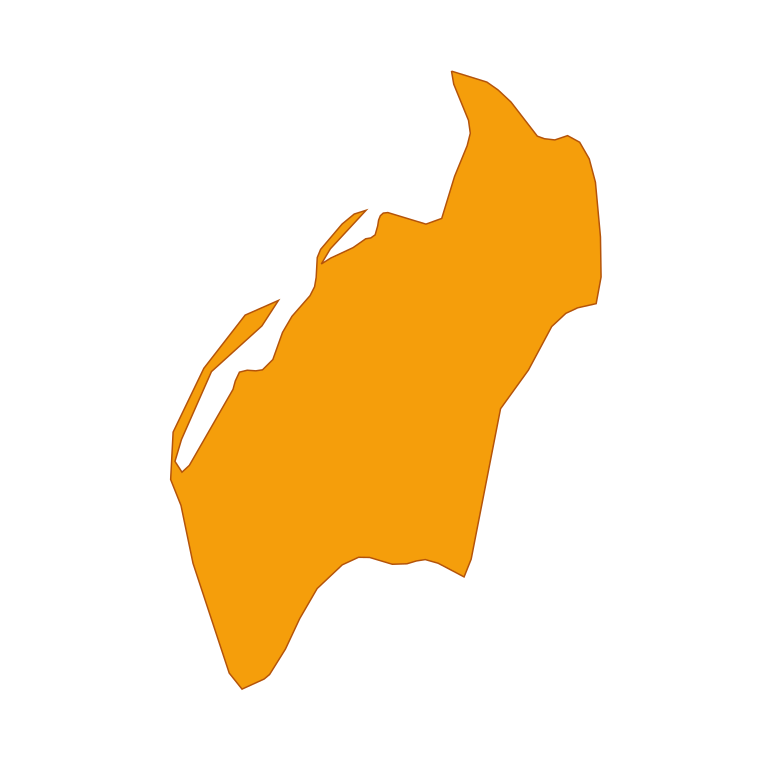 Luanda, Equal Earth projection, rotated 6°
{"feature_id": "AGO-1880", "entity_name": "Luanda", "entity_type": "Province", "adm_level": 1, "iso_a3": "AGO", "parent_name": "Angola", "parent_adm1": "", "projection": "equal_earth", "projection_center": [13.287, -8.956], "detail": "fine", "context": "isolated", "style": "filled", "palette": "amber", "viewbox_px": 768, "rotation_deg": 6, "n_neighbors": 0, "source": "natural_earth", "source_scale": "10m", "svg_char_len": 1219}
<svg xmlns="http://www.w3.org/2000/svg" viewBox="0 0 768 768"><g transform="rotate(6 384 384)"><path d="M274.7,702.3L260.3,687.7L212.8,582.3L194.8,526.0L181.8,501.3L179.3,453.9L203.2,387.2L238.7,330.0L270.3,311.9L256.5,339.0L211.1,389.7L188.4,460.3L184.2,482.8L192.3,492.8L198.9,485.3L234.4,405.1L235.8,396.5L239.0,387.3L246.5,384.6L255.1,384.3L261.7,382.6L270.9,371.3L277.7,343.3L285.4,326.3L301.2,303.9L304.8,294.5L305.4,285.1L304.4,265.2L306.9,256.7L325.6,229.3L336.6,218.1L348.0,213.1L316.5,255.2L309.1,271.2L318.0,264.2L339.0,251.6L350.6,241.5L355.6,240.1L359.6,236.6L361.2,227.4L361.5,221.5L362.8,217.0L365.4,214.1L369.9,213.1L409.0,220.6L424.1,213.3L432.5,170.1L441.8,138.3L443.6,125.6L440.5,113.0L422.0,78.5L418.4,65.7L418.5,65.8L454.8,73.0L466.8,79.7L480.8,90.3L510.6,121.5L517.9,123.3L528.4,123.4L540.6,117.8L553.3,123.1L564.6,138.7L573.2,161.3L583.9,215.1L588.7,254.9L586.6,281.9L568.6,288.0L557.5,294.7L544.8,309.3L526.2,355.0L502.5,396.4L489.0,549.1L483.8,567.5L456.6,556.6L443.4,554.3L434.7,556.6L425.6,560.4L411.1,562.4L387.8,558.0L376.8,559.0L361.4,568.2L338.9,594.4L324.7,626.1L313.7,657.9L300.6,684.8L295.7,689.9L274.8,702.2L274.7,702.3Z" fill="#f59e0b" stroke="#b45309" stroke-width="1.5"/></g></svg>